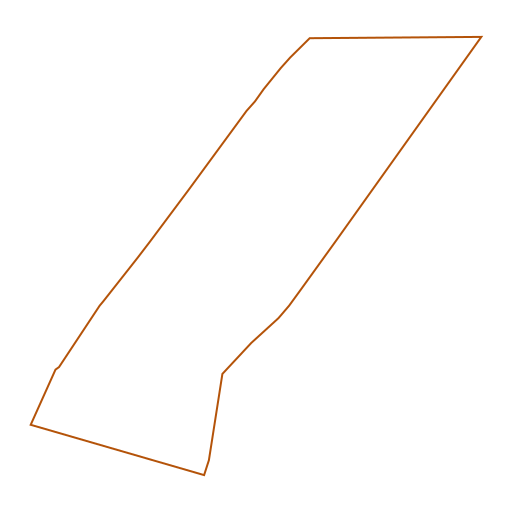 the district of Dar Naim, Nouakchott, Mauritania
{"feature_id": "47542326B20684442825570", "entity_name": "Dar Naim", "entity_type": "district", "adm_level": 2, "iso_a3": "MRT", "parent_name": "Mauritania", "parent_adm1": "Nouakchott", "projection": "albers", "projection_center": [-15.933, 18.106], "detail": "fine", "context": "isolated", "style": "outline", "palette": "amber", "viewbox_px": 512, "rotation_deg": 0, "n_neighbors": 0, "source": "geoboundaries", "source_scale": "gbopen_adm2", "svg_char_len": 406}
<svg xmlns="http://www.w3.org/2000/svg" viewBox="0 0 512 512"><path d="M204.1,475.1L208.9,460.2L222.4,373.9L251.3,342.9L278.5,318.1L289.1,305.7L300.9,289.5L336.2,240.5L481.3,36.9L309.7,38.2L290.2,57.5L280.8,68.0L263.7,89.1L254.9,101.5L246.6,110.8L188.8,189.6L149.9,241.7L137.5,257.9L103.3,301.3L99.7,305.6L59.0,367.1L55.5,369.6L30.7,424.8L204.1,475.1Z" fill="none" stroke="#b45309" stroke-width="2"/></svg>